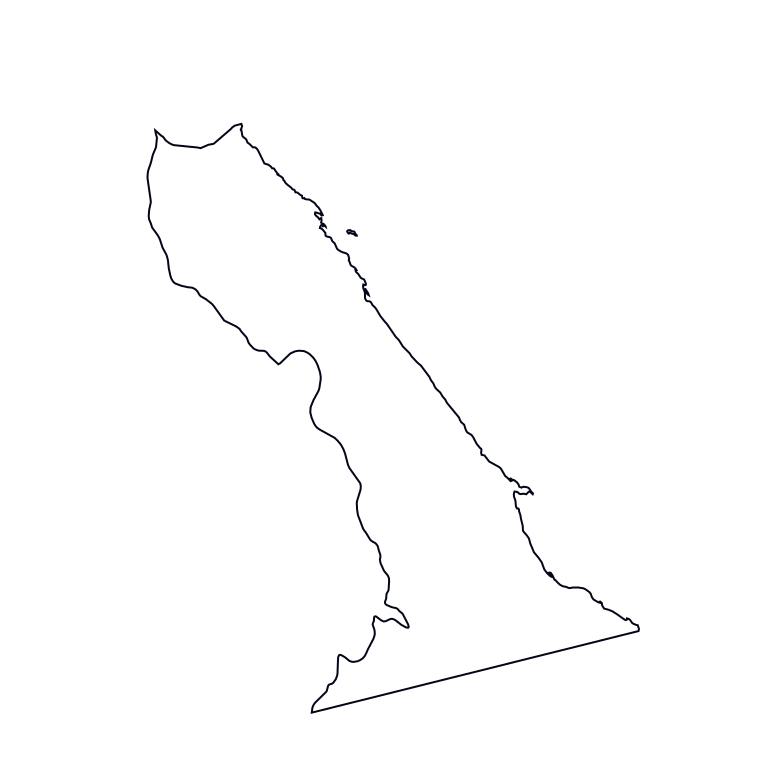 map outline of Al Bahr al Ahmar (Equal Earth projection), rotated 346°
{"feature_id": "EGY-1556", "entity_name": "Al Bahr al Ahmar", "entity_type": "Governorate", "adm_level": 1, "iso_a3": "EGY", "parent_name": "Egypt", "parent_adm1": "", "projection": "equal_earth", "projection_center": [33.554, 25.647], "detail": "fine", "context": "isolated", "style": "outline", "palette": "ink", "viewbox_px": 768, "rotation_deg": 346, "n_neighbors": 0, "source": "natural_earth", "source_scale": "10m", "svg_char_len": 6152}
<svg xmlns="http://www.w3.org/2000/svg" viewBox="0 0 768 768"><g transform="rotate(346 384 384)"><path d="M571.2,685.3L234.4,685.4L236.2,680.8L237.7,678.7L239.1,677.3L240.5,676.3L253.4,668.7L254.2,668.0L256.6,663.6L257.3,662.8L258.1,662.4L261.1,662.2L262.6,661.6L265.8,658.8L267.8,655.9L268.8,653.8L272.9,639.6L273.6,637.8L274.7,636.4L275.3,636.1L276.0,636.2L277.4,637.1L280.3,640.0L283.4,644.3L285.6,645.7L287.2,646.3L291.5,646.6L294.5,646.0L297.3,644.9L299.6,643.2L301.9,640.6L303.9,637.9L312.0,628.8L313.7,626.2L314.5,624.5L315.1,621.8L315.2,619.4L314.8,614.7L315.3,613.5L317.0,611.3L317.6,608.8L318.4,607.4L319.7,607.4L320.4,608.0L323.9,612.4L326.0,614.2L328.0,614.6L333.1,613.6L334.7,613.7L336.1,614.4L337.6,615.5L342.6,621.9L346.6,625.6L348.5,626.3L349.1,625.9L349.3,624.9L349.2,622.8L346.6,611.9L346.2,611.0L343.9,608.0L343.1,606.1L341.9,604.6L337.5,602.4L333.3,599.2L332.6,598.5L332.2,597.6L332.0,596.6L332.4,595.4L334.1,592.9L335.7,588.2L338.3,585.5L338.7,584.7L341.2,576.8L341.8,573.8L341.5,571.3L340.8,569.4L339.1,566.0L338.7,564.8L337.3,557.0L337.5,553.5L338.7,550.9L339.1,548.7L338.7,544.3L338.7,540.3L338.5,539.1L337.7,537.3L337.1,536.3L333.9,533.3L332.9,531.6L330.7,524.5L329.3,521.1L328.7,519.2L327.0,505.0L327.5,499.4L328.8,492.8L329.4,491.3L335.4,481.3L336.2,479.5L336.9,476.7L336.9,474.5L330.2,457.4L329.9,456.2L329.5,453.3L329.4,442.1L328.8,437.2L327.5,432.4L325.4,428.0L323.1,424.3L310.6,412.7L308.6,410.4L307.3,407.8L306.6,405.5L305.6,399.3L305.6,393.7L307.0,389.3L307.9,387.7L312.0,382.2L318.0,375.7L319.4,373.9L320.5,371.9L323.7,364.1L324.3,361.9L324.7,357.7L324.6,354.8L324.0,348.7L323.1,344.9L322.4,343.0L321.6,341.1L319.2,337.2L317.0,334.8L314.3,332.7L309.5,331.1L305.6,330.8L300.6,331.7L288.2,338.8L286.3,339.3L279.8,329.5L278.2,325.7L277.0,323.8L275.3,322.7L271.3,321.6L269.5,320.8L266.8,318.8L265.9,317.7L263.5,313.5L262.6,311.3L262.1,306.7L261.8,305.4L258.1,298.3L257.2,295.6L254.5,292.4L244.3,283.8L237.8,267.4L236.4,264.6L231.7,258.6L227.4,254.5L226.4,252.6L225.5,249.3L224.2,246.9L222.9,245.5L221.1,244.1L217.2,242.7L211.0,239.6L205.7,235.9L205.1,235.2L204.1,233.5L203.1,230.1L202.9,226.6L203.2,219.3L204.3,211.5L204.3,208.3L204.1,205.8L202.1,198.0L201.6,190.3L201.3,188.1L200.4,184.8L196.9,176.2L196.6,171.8L195.9,167.2L196.1,165.7L196.4,163.9L198.2,158.5L201.6,151.5L202.0,149.8L204.2,128.3L204.6,125.9L205.8,122.2L207.1,119.4L211.3,113.0L214.8,106.3L216.6,103.7L219.3,100.2L220.2,98.7L223.2,90.4L223.3,89.3L223.1,86.1L223.4,82.6L227.8,89.0L229.5,90.9L231.0,94.5L231.7,95.6L234.1,98.5L237.0,100.9L238.2,101.5L260.5,109.5L263.1,110.8L271.5,109.4L276.4,109.7L277.3,109.5L297.2,99.5L298.9,98.3L301.4,97.3L302.6,97.2L308.5,97.1L308.7,99.6L307.7,101.0L307.4,101.9L306.7,102.2L306.5,103.0L307.0,103.8L306.6,109.1L307.0,110.0L309.5,113.3L309.9,116.6L311.5,118.5L314.1,122.7L316.2,123.2L317.6,124.9L318.4,127.4L321.3,141.1L324.9,143.3L327.1,146.1L327.6,147.6L329.5,148.4L330.1,150.5L331.8,154.5L332.4,155.1L332.3,155.6L331.9,155.6L334.6,158.2L335.8,160.0L335.7,161.7L336.6,163.1L337.0,164.9L338.6,167.4L341.5,171.1L342.2,172.8L344.0,174.0L344.5,176.6L345.5,176.9L346.5,177.5L348.6,180.4L349.9,181.3L349.8,183.7L350.2,184.2L350.9,184.4L351.6,184.2L352.1,185.4L353.5,186.1L356.2,187.0L360.5,191.6L361.9,195.1L363.1,196.8L364.4,200.5L364.6,202.0L364.9,202.6L365.4,205.4L364.1,205.4L363.4,203.5L359.1,200.9L358.7,200.9L358.1,202.7L358.7,204.2L360.5,206.7L360.8,207.9L361.2,208.6L362.9,207.8L363.3,207.9L363.0,210.2L362.0,212.2L362.8,213.2L364.3,214.3L365.4,216.6L365.4,217.2L363.3,214.3L362.8,214.3L362.8,214.9L363.3,216.1L362.8,216.1L362.5,214.5L361.4,214.7L360.2,215.8L359.5,217.2L361.0,218.1L362.0,219.7L363.7,223.3L363.3,224.5L363.3,226.2L364.3,227.1L367.0,228.5L367.9,229.5L368.4,232.9L370.2,235.7L371.1,241.0L371.5,242.1L373.5,244.4L375.9,246.3L378.5,247.8L379.7,248.9L380.5,250.3L380.5,254.2L379.7,255.3L380.1,257.0L380.4,260.2L381.0,261.4L383.3,263.5L384.4,265.3L384.8,266.7L383.9,266.5L383.9,267.9L384.3,269.0L385.6,271.0L386.9,274.7L387.5,275.8L389.9,277.7L390.2,278.6L390.7,282.5L390.2,283.5L389.2,283.5L388.0,282.5L387.3,284.0L387.1,286.6L387.5,289.1L387.5,291.2L386.3,296.2L386.9,298.6L387.7,299.5L389.7,300.2L390.7,300.9L391.3,302.0L391.9,304.6L393.9,307.7L394.8,310.0L396.9,317.2L399.9,323.8L401.4,326.5L406.7,340.9L409.1,345.1L411.4,352.2L416.3,360.4L417.4,363.8L421.5,371.2L424.3,375.1L429.7,387.9L430.5,391.8L432.0,395.3L432.7,399.5L433.8,401.8L436.5,405.9L437.9,410.5L439.7,414.0L440.5,417.5L448.7,434.7L449.0,437.4L449.6,439.6L451.9,442.9L452.2,447.5L452.7,450.3L453.2,451.2L456.5,454.5L457.6,456.9L459.4,464.5L461.7,469.3L462.6,470.3L462.6,471.6L461.6,474.2L461.6,476.4L464.2,477.6L467.3,484.7L475.7,492.5L477.0,494.5L479.3,502.5L481.0,504.8L483.4,508.9L484.5,508.7L483.4,506.4L484.0,506.3L485.3,507.9L487.0,508.8L489.3,511.7L490.2,514.0L490.4,516.4L492.3,517.8L494.2,517.4L497.3,518.5L498.7,519.4L499.6,520.6L500.9,524.3L502.1,526.1L501.6,526.9L499.4,523.6L498.5,523.5L495.3,525.4L492.9,524.2L490.0,523.9L488.8,523.3L487.7,521.5L487.1,521.3L487.0,520.9L484.7,519.9L484.2,520.4L483.3,522.3L482.9,524.8L483.3,528.8L482.4,534.8L482.9,536.9L484.1,537.2L484.6,538.3L484.3,540.1L484.6,544.3L484.3,547.7L484.3,555.0L483.4,559.9L483.7,561.1L485.6,564.7L487.1,568.4L487.3,569.8L487.3,573.8L488.8,583.6L491.8,589.7L493.9,595.2L494.7,602.8L496.5,607.0L499.1,611.0L500.8,612.1L498.2,607.0L499.4,607.1L500.2,607.8L501.2,610.5L502.1,615.2L503.1,616.1L504.1,618.1L506.0,621.1L508.4,623.4L511.8,625.0L513.7,626.5L514.6,626.9L518.1,627.2L523.1,628.4L527.9,630.4L529.7,631.8L532.8,635.4L533.8,637.4L534.2,641.3L535.2,643.8L539.1,647.7L541.0,648.7L540.8,647.4L541.1,647.4L542.4,649.3L542.1,651.7L543.2,655.1L547.5,657.5L550.9,660.1L554.7,664.1L560.4,670.8L561.6,671.6L562.5,671.5L563.1,670.2L564.7,671.2L565.6,672.3L567.0,675.9L567.9,676.9L570.4,678.8L571.8,679.4L572.1,682.5L572.1,683.5L571.2,685.3ZM390.0,228.0L392.1,229.0L392.7,231.9L393.5,232.9L393.5,233.4L392.3,233.1L390.8,231.1L388.9,230.2L387.7,228.8L386.3,229.6L385.8,229.1L385.1,227.2L385.4,226.7L386.3,226.2L388.2,226.4L390.0,228.0ZM387.7,287.4L389.0,287.4L390.6,292.2L390.7,294.1L389.8,293.1L387.7,287.4Z" fill="none" stroke="#020617" stroke-width="2"/></g></svg>